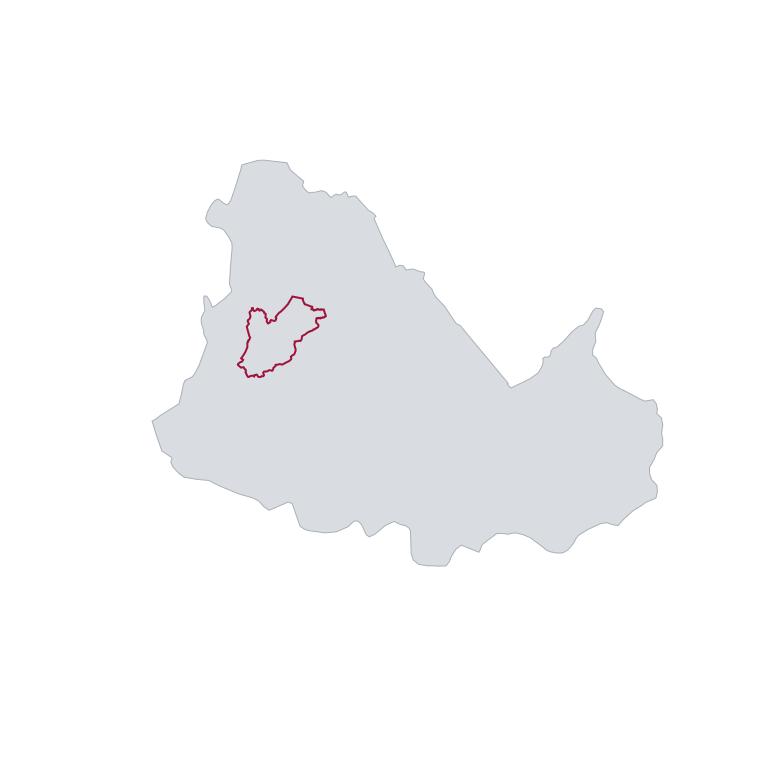 Gnagna, Gnagna, Burkina Faso shown in context, rotated 231°
{"feature_id": "67063806B53557788130503", "entity_name": "Gnagna", "entity_type": "district", "adm_level": 2, "iso_a3": "BFA", "parent_name": "Burkina Faso", "parent_adm1": "Gnagna", "projection": "natural_earth1", "projection_center": [0.002, 12.916], "detail": "fine", "context": "in_parent", "style": "outline", "palette": "rose", "viewbox_px": 768, "rotation_deg": 231, "n_neighbors": 0, "source": "geoboundaries", "source_scale": "gbopen_adm2", "svg_char_len": 8868}
<svg xmlns="http://www.w3.org/2000/svg" viewBox="0 0 768 768"><g transform="rotate(231 384 384)"><path d="M546.1,480.3L529.2,481.1L523.1,483.2L519.4,483.3L519.2,481.5L518.8,480.4L497.5,474.5L482.5,471.0L467.4,467.0L466.5,470.7L464.3,473.1L461.1,473.3L458.8,472.7L457.3,475.5L454.8,479.2L451.3,481.1L447.8,483.4L445.9,485.4L444.5,485.4L441.0,480.7L436.4,480.2L427.8,481.0L423.9,479.7L418.6,479.0L406.1,480.0L386.2,478.1L382.9,479.1L382.0,480.0L362.3,480.2L340.5,480.5L322.4,480.7L306.4,480.9L306.4,480.0L301.3,479.9L300.7,481.5L296.2,500.6L295.6,511.0L298.0,517.4L300.7,521.5L303.7,523.2L304.0,525.5L301.6,528.5L301.8,531.6L304.6,534.7L305.3,538.1L303.9,541.6L304.2,549.9L306.3,563.2L306.3,571.8L304.3,575.7L305.3,582.4L309.2,591.9L309.8,595.9L308.4,597.8L305.2,600.3L301.9,600.2L298.1,594.4L296.4,591.9L293.3,586.0L290.7,580.2L287.1,577.6L283.6,575.2L279.4,567.8L275.2,564.3L270.9,565.3L264.5,563.9L251.7,562.1L238.0,562.6L232.3,564.3L226.6,567.0L212.3,573.0L206.6,575.9L202.3,583.4L197.5,583.2L192.6,580.8L189.6,577.4L183.1,578.2L176.8,574.9L170.7,568.4L166.2,566.3L160.5,561.6L159.0,552.7L155.4,546.5L152.1,537.8L147.1,533.9L141.4,531.8L133.5,532.3L128.4,528.8L124.3,523.7L125.4,519.3L127.3,513.1L127.5,507.0L128.8,497.3L128.1,485.1L126.7,476.6L131.1,473.0L136.1,469.8L139.3,464.1L142.6,451.1L144.0,439.9L143.0,435.7L141.4,432.4L140.1,427.5L139.3,421.6L140.3,416.5L144.1,411.7L148.9,407.7L152.3,405.8L161.3,403.8L172.5,400.9L179.0,397.5L183.7,394.1L186.4,391.5L189.1,386.0L193.4,381.8L196.8,377.5L197.3,365.6L197.3,358.8L194.9,355.1L193.5,351.9L210.2,342.6L210.3,336.0L208.0,328.7L204.8,322.8L203.6,317.7L208.2,311.7L212.3,307.2L215.3,303.4L221.9,297.5L228.7,296.0L234.8,298.2L252.9,311.9L256.1,312.8L259.9,311.8L264.7,308.2L270.9,305.3L273.2,296.1L273.0,282.6L274.5,276.4L277.8,275.3L288.2,277.9L290.9,278.0L294.0,277.2L296.2,274.8L296.1,270.4L295.6,266.6L299.1,254.0L305.3,244.6L317.9,232.8L321.8,230.5L326.4,229.3L348.9,237.4L352.5,235.4L358.1,215.3L364.2,213.4L371.5,213.1L376.3,211.3L378.7,209.9L389.4,202.3L408.3,192.0L418.5,187.5L420.5,185.9L427.7,178.5L437.4,170.0L443.5,168.4L452.0,167.7L457.4,169.1L458.8,171.5L460.6,172.7L471.6,169.2L487.5,174.9L501.2,180.5L500.4,184.0L500.3,190.3L499.1,200.3L497.7,212.2L503.4,219.9L510.2,228.2L512.0,231.5L510.2,239.6L511.5,244.4L515.1,252.4L521.2,262.5L527.5,273.0L531.8,274.4L536.0,275.2L538.5,277.1L542.2,278.9L545.8,280.1L549.0,282.3L551.0,284.6L553.7,291.0L560.7,295.3L565.7,299.4L563.7,301.6L557.5,300.7L551.7,298.9L551.0,302.0L550.7,313.8L551.7,323.6L553.0,324.9L558.9,326.7L572.8,339.5L585.3,351.6L589.6,354.7L596.5,355.9L604.3,356.4L607.6,355.3L615.2,349.2L619.2,348.5L622.9,348.7L624.9,349.7L628.5,354.6L631.9,362.1L632.9,367.7L632.6,370.6L631.5,371.8L625.3,373.2L622.6,374.3L621.9,375.9L622.9,379.7L624.1,382.1L630.9,392.9L640.7,407.5L643.7,411.2L642.0,415.6L637.0,426.9L633.4,431.7L617.0,447.8L608.9,445.9L592.0,449.2L589.5,445.5L585.5,445.0L580.6,445.6L578.9,447.0L578.3,448.6L576.6,450.8L573.5,457.2L571.1,458.9L568.1,459.8L564.4,459.7L562.2,460.5L562.2,463.7L561.6,466.5L559.1,467.9L558.0,470.9L558.2,474.0L556.8,475.4L553.6,474.6L551.7,473.8L549.9,477.7L547.7,480.4L546.1,480.3Z" fill="#d9dde1" stroke="#a8b0b8" stroke-width="1"/><path d="M471.7,287.9L472.3,289.0L472.2,289.1L472.1,289.4L471.9,289.5L471.9,289.9L471.6,290.4L471.6,290.5L471.5,290.8L471.4,291.0L471.1,291.0L470.2,291.0L470.0,290.9L469.7,290.9L469.3,290.8L468.9,290.8L468.6,290.9L468.1,291.3L467.7,291.8L467.4,292.2L467.1,293.0L467.1,293.8L467.0,294.0L466.2,294.7L466.1,295.2L466.1,295.9L466.3,296.2L466.7,296.4L468.3,296.9L468.6,297.0L468.8,297.4L468.9,297.9L469.0,298.1L469.2,298.3L469.2,298.5L469.0,298.9L468.6,299.3L468.3,299.6L468.3,299.8L468.1,300.2L467.8,300.4L467.6,300.7L467.3,301.2L467.3,301.6L467.2,301.7L467.1,302.6L467.1,303.0L467.0,303.5L466.2,304.3L466.0,304.5L465.8,304.7L465.2,304.9L464.6,305.6L464.6,305.8L464.7,306.0L465.2,306.8L465.4,307.4L466.0,308.0L466.2,308.5L466.2,310.8L466.3,311.1L466.5,311.4L466.7,311.6L467.1,311.8L466.9,312.3L465.7,313.7L465.6,314.0L465.5,314.9L465.2,315.3L464.5,316.2L464.2,316.3L463.7,316.5L463.4,316.9L463.0,317.5L462.8,318.6L462.4,321.1L462.0,322.6L461.5,324.9L461.6,326.8L461.7,327.5L461.9,327.8L462.4,328.2L462.6,328.3L463.4,328.5L463.8,328.8L463.8,329.1L463.9,329.8L463.9,330.6L463.9,331.0L463.6,332.2L463.6,332.8L463.9,333.6L465.3,336.0L466.0,336.7L467.3,337.5L469.1,338.2L470.8,339.0L471.8,339.9L471.9,340.3L472.2,340.7L472.4,340.8L472.9,341.2L473.1,341.3L472.9,341.6L472.9,341.9L472.6,342.2L472.6,342.3L472.5,342.6L472.2,342.9L472.0,343.4L471.5,344.1L471.1,345.2L470.9,345.4L470.5,345.7L470.1,346.0L470.1,346.7L470.2,347.0L470.5,347.8L471.0,348.6L472.2,349.8L472.8,350.5L472.2,353.6L472.1,354.5L472.1,355.8L472.1,357.2L471.7,358.8L471.5,359.2L471.5,359.3L471.3,359.8L471.5,360.0L471.1,360.7L470.9,361.2L470.8,361.4L470.7,361.6L470.6,361.9L470.7,362.2L470.6,362.7L470.7,363.0L470.8,363.5L470.5,363.8L470.2,364.3L470.3,364.9L470.1,365.3L470.0,366.0L470.2,366.5L470.0,366.8L469.9,367.0L469.7,368.4L470.0,368.9L470.3,369.5L471.0,370.1L471.3,370.2L474.4,370.0L474.9,370.2L475.3,370.6L475.9,370.9L476.1,371.3L476.4,371.8L476.7,372.0L477.5,372.7L477.6,373.0L477.2,373.6L476.9,373.7L476.9,374.2L476.5,374.9L476.3,375.0L476.1,374.9L475.8,375.6L475.6,376.0L475.4,376.0L475.1,375.9L475.1,376.5L474.9,376.6L474.7,376.8L474.5,377.2L474.5,377.4L474.6,377.9L474.4,378.1L474.3,378.5L474.2,378.6L473.7,378.7L473.6,378.9L473.6,379.2L473.5,379.4L473.5,379.6L473.5,380.0L473.4,380.2L473.6,380.4L473.6,380.6L473.5,381.2L473.5,381.3L473.4,381.5L474.1,381.8L474.3,382.0L474.5,382.1L476.4,382.6L477.6,383.2L478.7,383.5L479.7,384.0L479.8,383.7L480.2,383.4L480.5,383.3L480.8,383.0L481.3,382.4L481.2,382.0L481.4,381.9L481.3,381.7L481.5,381.5L481.8,381.7L482.0,381.5L482.1,381.0L482.4,380.7L482.5,380.4L482.8,380.3L483.0,379.9L483.5,379.9L483.6,379.5L483.7,379.4L484.0,379.4L484.3,379.3L484.4,378.4L484.3,377.9L484.4,377.6L484.5,377.3L484.8,377.1L484.8,376.8L485.0,376.8L485.1,376.2L485.3,375.8L485.6,375.9L485.9,375.8L486.2,375.9L486.3,375.9L486.6,375.5L486.9,375.5L486.9,375.2L487.5,374.9L487.5,375.3L487.8,375.1L488.0,375.1L488.2,375.8L488.6,376.2L488.9,376.7L489.1,376.8L489.6,376.6L490.4,375.8L490.9,375.6L494.1,373.8L494.8,373.3L495.1,373.2L495.4,373.1L495.6,372.7L495.8,372.6L496.2,372.6L496.4,372.7L497.3,373.0L497.4,372.9L499.8,373.6L500.5,373.9L501.2,374.5L501.4,374.7L509.6,367.9L508.5,365.1L507.5,362.3L507.1,361.0L506.6,360.1L506.5,359.6L506.4,358.8L505.7,354.9L505.5,352.6L505.3,350.7L505.2,349.7L505.3,348.0L505.3,346.8L504.4,342.4L504.3,342.1L503.9,341.7L503.1,341.5L503.0,341.8L502.8,341.7L502.5,341.1L502.1,340.7L502.0,340.1L501.9,339.8L501.6,339.4L501.8,339.0L501.9,338.9L502.1,338.5L502.1,338.4L503.0,337.7L504.8,336.5L504.8,336.2L504.6,336.0L504.5,335.7L504.6,335.3L504.5,335.2L503.8,334.7L503.6,334.1L504.0,332.8L504.0,332.0L504.5,331.9L505.5,332.1L506.5,332.3L507.0,332.8L507.5,333.3L508.1,333.9L508.3,334.0L509.0,333.9L509.6,333.6L510.2,333.7L510.6,334.0L512.6,335.9L513.0,336.2L513.6,336.1L514.2,335.6L514.6,335.6L514.8,335.6L515.4,336.1L515.7,336.1L515.9,336.1L517.9,335.6L518.7,335.5L518.8,335.6L519.2,335.4L519.2,334.7L519.3,334.4L519.2,333.7L519.4,333.4L520.2,333.3L520.6,333.5L520.9,333.5L521.1,333.7L521.4,333.5L521.6,333.5L521.7,333.4L521.9,333.3L522.2,333.0L522.2,332.6L522.0,332.4L521.7,331.7L521.7,331.4L521.8,331.1L521.9,330.6L521.9,330.2L522.1,330.0L522.1,329.7L522.2,329.3L522.9,328.9L523.2,328.8L523.8,329.0L524.0,328.9L524.4,329.1L524.6,329.3L525.0,329.5L525.4,329.9L525.5,329.9L525.5,329.7L525.8,329.4L525.7,329.2L525.9,329.2L526.0,329.1L525.7,328.7L525.3,328.6L524.9,327.9L524.8,327.5L524.7,327.3L524.5,326.4L524.6,325.4L524.4,325.1L524.4,324.8L524.3,324.6L523.9,324.3L523.6,324.2L522.7,323.8L522.1,323.6L521.9,323.4L521.0,323.0L520.8,322.8L520.4,322.6L520.2,322.4L519.9,321.7L519.5,321.2L519.2,320.1L519.1,319.6L519.1,319.4L519.1,319.2L519.3,318.8L518.9,318.0L518.7,317.7L518.1,317.4L517.2,317.2L516.4,317.1L515.8,316.8L515.0,313.5L514.9,313.4L505.8,309.4L504.4,309.3L503.0,306.7L503.3,306.3L503.3,306.1L503.0,305.3L502.8,305.1L502.7,305.0L502.2,304.9L502.2,304.1L502.1,303.8L498.7,301.1L498.6,300.9L496.8,297.7L495.9,295.8L495.5,294.8L494.4,291.3L494.1,290.0L493.8,289.1L493.4,289.2L492.3,289.6L491.6,289.7L491.4,289.7L490.9,288.2L490.8,287.8L490.8,287.4L491.2,286.7L491.5,285.2L491.4,283.2L491.3,282.9L491.1,282.7L490.6,282.5L489.3,282.7L486.8,283.2L486.8,283.4L486.5,283.5L486.4,283.9L486.1,284.4L485.4,285.4L485.3,285.5L484.9,285.5L484.3,285.2L483.8,285.1L483.1,285.2L482.7,285.4L482.3,285.5L482.0,285.4L481.7,285.3L481.3,285.1L480.9,284.7L480.3,283.8L480.1,283.8L479.4,283.8L479.1,283.5L478.6,283.4L478.4,283.2L477.4,283.1L476.8,283.0L475.3,282.7L475.0,282.8L474.8,283.0L474.5,283.6L474.4,284.5L474.3,285.0L473.8,286.0L473.7,286.3L473.5,286.8L473.3,287.0L472.8,287.3L472.5,287.8L472.0,287.9L471.7,287.9Z" fill="none" stroke="#9f1239" stroke-width="2"/></g></svg>